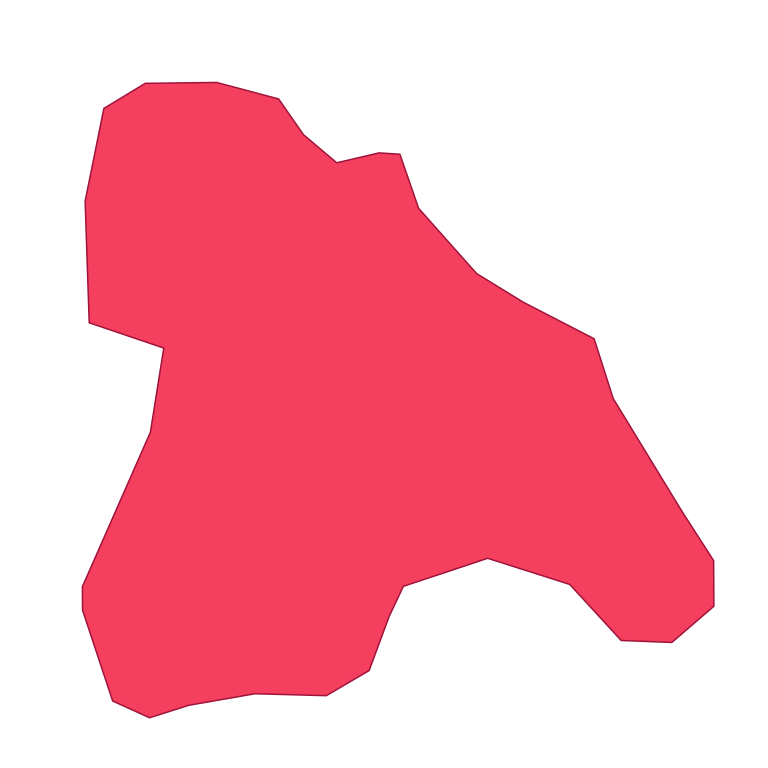 the border of Francistown, rotated 86°
{"feature_id": "BWA-5502", "entity_name": "Francistown", "entity_type": "City", "adm_level": 1, "iso_a3": "BWA", "parent_name": "Botswana", "parent_adm1": "", "projection": "mercator", "projection_center": [27.509, -21.161], "detail": "fine", "context": "isolated", "style": "filled", "palette": "rose", "viewbox_px": 768, "rotation_deg": 86, "n_neighbors": 0, "source": "natural_earth", "source_scale": "10m", "svg_char_len": 582}
<svg xmlns="http://www.w3.org/2000/svg" viewBox="0 0 768 768"><g transform="rotate(86 384 384)"><path d="M583.1,67.5L628.7,70.4L661.9,114.9L656.4,165.3L596.9,212.7L565.1,292.8L587.2,378.8L616.3,395.1L668.8,418.8L690.9,463.3L684.0,534.4L690.9,601.2L700.6,641.2L681.3,676.8L588.6,700.5L565.1,699.0L415.8,620.4L332.8,601.2L302.4,673.8L180.8,669.4L89.5,644.2L67.4,601.2L71.5,530.0L92.3,469.2L129.6,447.0L160.0,415.8L153.1,372.8L155.9,352.1L211.2,337.2L280.3,283.9L312.1,239.4L353.6,171.2L414.4,156.4L531.9,95.6L583.1,67.5Z" fill="#f43f5e" stroke="#9f1239" stroke-width="1.5"/></g></svg>